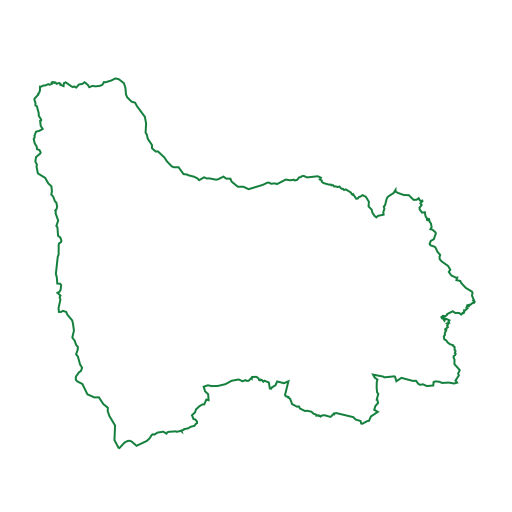 Medellín, Antioquia, Colombia (orthographic projection), rotated 357°
{"feature_id": "7082276B76690106408580", "entity_name": "Medellín", "entity_type": "district", "adm_level": 2, "iso_a3": "COL", "parent_name": "Colombia", "parent_adm1": "Antioquia", "projection": "orthographic", "projection_center": [-75.59, 6.269], "detail": "fine", "context": "isolated", "style": "outline", "palette": "green", "viewbox_px": 512, "rotation_deg": 357, "n_neighbors": 0, "source": "geoboundaries", "source_scale": "gbopen_adm2", "svg_char_len": 5980}
<svg xmlns="http://www.w3.org/2000/svg" viewBox="0 0 512 512"><g transform="rotate(357 256 256)"><path d="M109.5,440.7L114.9,435.5L118.1,434.0L120.1,433.9L122.1,434.8L126.8,439.3L137.4,434.9L140.1,432.6L142.6,429.2L143.8,428.6L145.0,429.1L148.4,427.2L154.2,426.6L157.3,428.7L158.3,427.4L159.9,427.0L166.7,426.9L167.5,427.4L172.0,426.7L172.5,427.2L172.3,426.4L174.7,425.8L175.1,425.1L179.1,424.6L182.2,423.0L185.6,422.4L187.0,420.6L188.4,419.8L188.4,418.3L186.9,416.1L185.1,415.6L183.7,411.7L187.0,408.9L188.0,406.1L191.7,403.0L194.9,401.4L196.5,401.5L198.9,396.8L201.1,397.5L201.0,391.5L198.1,388.5L196.9,383.8L201.2,382.6L204.9,383.6L211.0,383.8L218.7,382.4L225.2,379.3L232.2,378.4L236.1,380.4L238.9,379.4L240.1,380.2L242.1,380.2L245.0,377.6L245.4,378.2L245.8,376.6L250.1,376.7L252.0,378.2L252.7,380.1L254.0,380.4L254.4,379.7L255.8,380.5L256.7,381.9L257.9,381.0L262.2,383.0L262.9,389.0L264.2,389.3L265.1,388.0L268.6,386.2L270.6,382.4L277.3,384.5L281.8,382.8L277.7,396.4L278.4,397.6L280.9,398.4L280.7,399.0L282.6,400.3L284.3,405.8L289.0,408.6L291.0,408.5L291.9,410.6L296.9,413.4L299.0,413.2L303.2,414.4L305.3,416.6L307.8,417.6L308.0,418.7L310.1,418.3L310.7,419.2L311.4,418.9L312.1,419.7L313.7,418.7L316.2,418.6L321.6,420.5L322.8,420.1L324.5,418.2L325.7,418.3L325.7,417.3L328.1,417.1L344.7,422.0L346.9,424.5L351.8,426.3L352.3,428.8L353.4,429.1L358.5,426.7L360.2,426.5L362.3,422.3L369.5,418.0L366.0,415.8L367.4,412.0L370.2,409.2L369.7,406.2L369.0,405.9L370.9,400.1L369.8,398.5L369.6,394.1L370.0,388.2L370.8,385.8L368.2,383.7L366.7,380.6L376.5,383.0L377.9,383.9L387.9,383.4L388.5,383.8L389.6,388.4L394.9,385.3L405.9,388.9L409.3,389.0L411.4,392.2L413.1,393.2L416.1,392.9L419.8,394.8L426.2,394.6L426.8,391.1L428.8,390.6L432.5,391.2L435.2,392.5L441.9,392.5L447.1,393.7L450.2,393.0L448.7,390.8L452.3,385.9L451.7,384.0L453.5,380.6L448.5,374.4L448.8,369.8L448.0,367.8L448.1,366.4L449.7,365.3L450.3,364.0L449.5,363.1L450.3,361.3L449.4,360.1L449.6,357.4L448.2,356.2L448.3,355.5L445.0,354.2L442.9,352.4L441.4,350.1L439.7,349.1L439.5,347.4L439.4,346.0L440.6,344.5L440.5,343.0L442.0,340.2L441.2,340.1L441.1,339.0L443.9,337.1L443.2,335.7L444.1,334.5L443.1,333.4L445.4,332.9L444.8,331.8L445.8,330.4L442.6,328.7L441.8,328.7L440.8,330.5L440.2,329.6L441.1,328.9L440.4,328.4L440.7,328.0L439.1,327.0L438.5,327.8L437.9,326.8L439.6,325.5L441.8,326.1L443.5,325.0L443.9,324.0L449.6,321.5L451.9,323.3L455.8,323.5L457.9,325.2L459.3,323.7L459.7,324.1L460.8,323.5L461.0,321.1L462.0,321.3L464.4,319.3L463.4,318.6L464.3,316.7L465.9,317.4L467.0,316.2L466.3,315.9L468.3,315.5L470.0,314.0L471.1,314.3L471.9,313.3L470.9,312.0L471.5,312.0L469.6,306.9L470.3,304.1L469.8,302.9L463.8,298.8L459.6,293.8L458.7,291.6L454.9,290.6L455.8,288.1L454.8,288.2L450.0,285.6L447.7,282.0L449.3,279.9L447.3,276.0L441.2,271.2L439.3,268.8L439.2,266.5L440.0,264.6L437.3,261.1L436.0,257.5L434.9,256.1L430.7,254.4L430.0,253.0L431.3,250.1L434.5,248.5L436.8,242.8L436.5,241.8L433.5,238.9L431.6,238.4L432.9,236.3L432.4,232.7L431.0,230.5L430.8,228.2L429.9,227.9L429.2,229.2L428.7,229.0L428.6,227.5L427.3,224.8L426.9,221.1L424.1,221.4L422.0,218.3L421.8,216.4L424.1,213.7L422.9,212.0L425.1,209.9L424.8,209.3L423.6,209.9L422.2,208.6L421.5,206.8L419.4,208.2L416.3,208.2L411.7,203.2L407.0,202.9L401.4,200.6L398.8,199.1L398.8,197.3L396.6,200.4L390.8,203.7L389.6,205.4L387.5,212.1L386.2,213.3L386.7,215.5L385.4,219.0L385.6,221.4L379.9,222.3L378.2,223.7L376.5,222.2L374.5,218.9L373.9,215.7L371.0,212.4L371.6,207.8L368.8,202.6L365.5,200.8L363.6,202.1L362.0,202.4L360.7,203.9L359.1,204.1L356.3,199.5L355.9,200.0L355.0,199.4L354.1,197.6L349.2,194.2L347.4,194.7L346.4,193.5L344.7,193.2L343.0,191.0L341.0,191.4L339.1,190.6L337.7,190.7L336.7,189.3L335.1,189.4L334.6,188.6L332.8,188.6L327.2,186.7L325.6,185.3L325.6,184.0L323.7,182.9L324.9,181.2L321.8,179.6L311.1,180.2L307.8,178.5L305.7,178.8L304.8,179.6L303.1,179.8L301.3,182.0L298.6,182.6L297.8,181.8L294.0,182.2L289.8,181.2L280.7,185.3L278.9,184.5L274.7,184.6L272.9,183.4L271.1,183.4L266.6,185.3L252.1,188.9L247.1,186.2L241.5,185.9L235.5,180.4L234.5,177.5L230.1,177.1L227.7,175.0L222.2,177.4L220.1,177.7L213.3,176.0L210.9,176.0L208.3,174.7L203.2,177.3L201.4,175.3L198.1,173.5L192.5,171.8L191.6,171.1L187.9,170.4L183.3,163.3L178.9,163.1L176.7,162.2L172.2,157.1L169.5,152.6L163.5,146.4L161.3,146.4L157.8,143.0L157.9,139.7L154.1,133.4L153.3,129.0L152.2,127.1L153.2,118.0L152.3,111.2L145.0,100.2L143.3,96.6L139.7,95.3L135.7,90.8L134.6,87.9L134.4,81.3L133.2,76.6L128.4,72.4L125.0,71.3L120.3,73.3L114.4,74.7L113.3,74.3L111.5,77.0L109.2,77.9L104.7,78.2L101.6,77.6L98.3,78.7L97.0,76.3L93.9,73.5L91.7,75.0L88.1,75.5L85.3,78.4L83.3,77.2L82.0,77.7L80.8,77.1L75.0,72.6L73.2,73.4L72.7,76.3L69.5,74.7L69.8,73.9L68.5,72.9L65.9,73.6L64.8,72.2L62.9,71.8L63.1,72.4L61.1,72.1L61.1,73.4L58.9,74.2L57.5,73.5L54.5,74.7L52.8,74.6L50.4,75.6L49.2,75.5L48.9,79.4L48.0,81.6L46.9,82.7L47.1,83.4L43.1,87.2L42.9,88.6L43.8,91.5L43.6,94.1L45.0,95.0L46.5,102.0L46.4,104.5L48.6,108.6L48.5,109.5L47.5,109.8L47.8,114.7L49.6,118.0L46.5,119.5L42.8,120.4L41.1,124.3L41.2,126.0L40.1,127.5L40.9,131.8L42.8,135.5L42.9,137.8L45.3,138.9L46.4,141.3L45.9,142.4L41.5,145.7L40.6,150.1L42.0,153.3L41.5,155.2L42.5,162.1L49.5,166.9L52.4,172.7L55.3,175.6L55.6,180.7L54.8,183.8L56.7,186.3L58.1,191.0L59.4,192.1L60.0,196.2L59.3,198.7L57.9,200.0L58.4,200.7L58.1,202.9L60.3,210.2L58.2,215.6L59.2,216.9L59.4,225.4L61.6,227.4L62.5,230.7L62.1,231.8L59.9,233.2L59.5,234.9L59.0,244.2L58.0,246.3L55.2,263.3L56.0,267.3L56.1,273.1L59.0,273.5L59.9,274.8L59.1,279.7L57.7,281.5L55.8,282.4L58.7,285.3L57.7,287.1L58.4,289.3L56.1,297.7L56.2,301.5L58.2,301.7L60.3,300.7L63.5,301.9L64.6,304.8L69.0,310.6L69.6,313.2L70.3,320.9L68.3,327.8L70.5,331.2L71.8,335.5L73.4,337.6L73.0,340.4L71.2,344.7L72.9,347.2L74.6,355.0L76.5,358.6L75.1,361.7L73.2,362.8L69.8,367.1L69.6,370.2L71.0,371.9L75.9,374.7L80.4,385.3L87.3,388.8L91.7,388.9L95.8,395.9L100.1,399.8L99.8,403.3L101.3,408.3L106.4,417.9L105.0,432.4L108.6,440.2L109.5,440.7Z" fill="none" stroke="#15803d" stroke-width="2"/></g></svg>